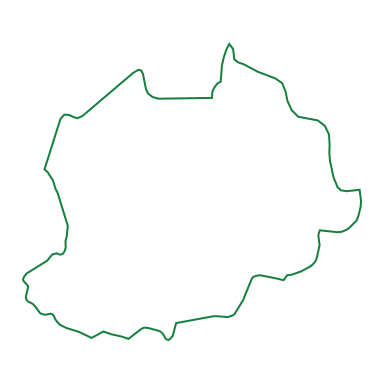 an SVG outline of Nord-Ouest
{"feature_id": "CMR-1477", "entity_name": "Nord-Ouest", "entity_type": "Province", "adm_level": 1, "iso_a3": "CMR", "parent_name": "Cameroon", "parent_adm1": "", "projection": "albers", "projection_center": [10.325, 6.427], "detail": "fine", "context": "isolated", "style": "outline", "palette": "green", "viewbox_px": 384, "rotation_deg": 0, "n_neighbors": 0, "source": "natural_earth", "source_scale": "10m", "svg_char_len": 1753}
<svg xmlns="http://www.w3.org/2000/svg" viewBox="0 0 384 384"><path d="M44.5,169.4L60.4,119.1L64.3,114.6L69.3,115.0L73.4,117.0L77.4,118.2L82.3,116.1L133.4,72.7L138.3,69.9L141.3,70.5L143.0,74.0L146.0,89.4L148.1,93.5L152.5,97.0L158.3,98.7L212.0,97.9L212.2,93.2L213.0,89.9L214.7,87.0L217.3,83.6L218.6,82.6L219.8,82.3L220.7,81.6L221.9,65.5L223.7,57.6L226.2,50.0L229.3,44.0L233.1,49.0L234.3,59.3L238.0,62.3L243.5,64.2L258.1,71.9L275.3,78.4L282.1,83.0L285.5,91.4L287.5,101.0L291.7,110.2L298.3,116.8L317.8,120.4L324.9,126.0L329.0,134.4L329.6,144.5L329.3,152.8L330.0,161.0L333.5,177.2L337.6,187.3L341.1,190.4L346.7,191.2L359.6,189.8L361.0,200.7L360.7,206.5L358.5,215.6L356.6,220.5L348.7,228.4L346.0,230.0L342.0,231.7L339.1,232.1L336.5,232.1L319.8,230.3L318.3,235.2L319.6,245.1L316.6,258.5L315.1,261.7L313.1,264.1L310.8,266.1L301.1,271.4L291.7,274.7L287.1,275.3L283.5,280.2L274.4,278.0L259.7,275.2L256.8,275.7L253.4,276.8L252.1,278.3L251.1,280.4L243.0,300.3L234.4,314.3L232.5,315.5L227.8,317.1L216.7,316.2L213.0,316.3L176.1,323.1L172.7,335.9L170.9,338.1L168.6,340.0L166.5,339.4L165.0,337.7L163.9,335.5L162.5,333.3L160.6,331.7L158.3,330.7L148.3,328.0L145.1,327.6L142.9,328.1L141.2,329.0L128.4,338.9L121.9,336.6L111.4,334.3L103.4,331.5L91.6,337.9L78.5,331.7L66.1,327.9L60.0,324.8L57.4,322.1L55.5,319.6L53.8,315.9L52.7,314.6L50.6,313.7L45.1,314.8L40.3,313.4L35.1,306.3L32.8,304.0L30.6,302.7L28.3,301.7L26.5,299.9L25.8,297.0L28.2,286.5L26.0,283.5L24.6,282.3L24.3,281.9L24.1,281.7L23.9,281.5L23.7,281.0L23.0,279.6L24.0,276.8L26.7,273.4L47.2,260.7L52.1,254.6L56.5,253.3L58.4,254.2L60.8,254.6L62.9,253.8L64.5,251.4L65.7,247.8L65.5,241.1L66.7,236.6L67.8,225.9L57.7,193.1L55.6,189.0L52.9,180.3L47.6,172.1L44.5,169.4Z" fill="none" stroke="#15803d" stroke-width="2"/></svg>